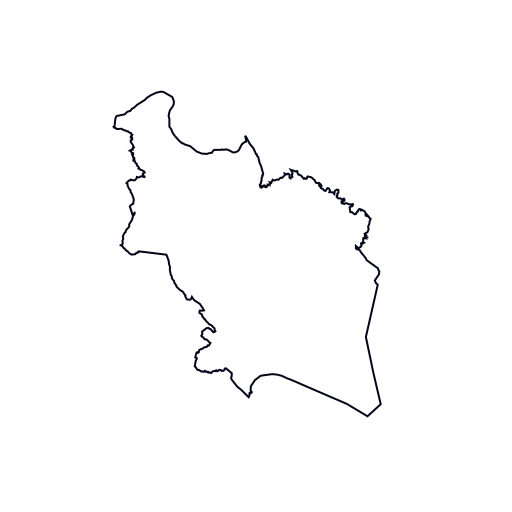 Mpulungu, Northern, Zambia, rotated 144°
{"feature_id": "96606910B10449137451116", "entity_name": "Mpulungu", "entity_type": "district", "adm_level": 2, "iso_a3": "ZMB", "parent_name": "Zambia", "parent_adm1": "Northern", "projection": "equal_earth", "projection_center": [30.995, -8.984], "detail": "fine", "context": "isolated", "style": "outline", "palette": "ink", "viewbox_px": 512, "rotation_deg": 144, "n_neighbors": 0, "source": "geoboundaries", "source_scale": "gbopen_adm2", "svg_char_len": 6150}
<svg xmlns="http://www.w3.org/2000/svg" viewBox="0 0 512 512"><g transform="rotate(144 256 256)"><path d="M295.3,444.2L295.3,443.1L294.3,442.0L294.1,440.6L289.9,437.9L289.1,435.6L288.2,434.9L287.1,432.7L286.3,432.1L286.1,430.8L284.8,428.6L285.4,427.5L285.0,426.7L286.0,426.5L286.5,425.6L287.3,426.0L287.7,425.4L287.5,424.8L286.8,424.5L287.1,423.5L288.7,422.8L289.4,423.2L290.4,421.8L290.3,418.4L290.7,417.6L290.9,415.6L292.1,415.8L293.3,414.5L293.9,415.2L296.2,415.4L295.5,414.3L296.0,412.9L294.9,411.4L295.4,410.7L295.9,411.2L296.8,410.8L296.8,409.2L297.3,408.3L297.0,407.6L297.4,407.5L297.1,406.3L297.6,405.7L298.7,405.9L299.2,405.1L298.3,404.0L298.8,402.1L298.3,400.8L299.0,399.6L298.7,396.4L299.0,395.5L299.5,395.5L298.8,394.3L298.8,393.5L297.8,392.4L296.8,390.2L297.0,388.9L299.1,389.2L299.8,388.0L299.5,385.6L299.9,385.4L301.8,387.9L304.7,388.5L305.9,389.9L306.5,389.2L309.3,388.5L310.8,389.3L312.4,391.4L313.0,391.0L314.6,391.8L317.9,391.1L317.6,389.8L318.5,388.4L319.2,385.0L318.9,382.9L319.8,381.7L320.0,378.8L321.6,373.6L324.7,370.4L326.3,370.8L328.9,370.4L331.6,362.0L328.9,362.3L329.2,361.6L332.3,360.4L334.9,358.2L340.1,356.1L341.0,354.6L342.1,354.0L345.0,353.6L346.9,352.7L347.5,352.0L348.9,351.9L351.1,350.8L352.4,349.9L353.3,347.9L355.1,346.8L355.8,345.4L357.1,344.0L357.6,343.8L358.9,344.3L359.1,344.3L358.3,341.7L358.4,339.9L357.9,339.3L357.8,336.7L357.1,335.4L357.0,333.0L355.9,330.3L352.5,328.4L351.0,328.9L349.1,328.0L348.6,328.7L347.9,328.5L327.7,309.7L329.5,303.3L330.9,301.0L332.2,297.4L333.8,295.6L336.0,290.8L336.0,289.5L337.2,287.0L337.0,283.8L337.9,281.9L337.7,280.4L338.3,277.5L337.4,272.9L336.5,271.1L336.1,269.3L336.4,268.2L336.2,265.7L336.8,265.4L337.5,261.7L335.3,259.5L334.2,259.3L331.9,260.6L332.1,258.4L331.8,255.9L329.6,250.4L329.7,245.1L330.1,242.6L331.8,243.4L333.4,244.9L334.6,244.3L335.2,243.2L334.1,240.2L335.0,238.8L334.7,236.8L335.0,236.2L334.4,234.4L334.7,233.6L333.9,228.0L332.9,226.6L332.1,221.7L333.0,220.4L333.1,219.0L334.5,219.0L335.4,219.5L335.7,223.4L336.5,224.5L336.6,225.7L338.4,226.7L344.1,226.5L345.5,224.1L347.2,223.6L347.3,222.7L346.6,221.3L346.4,218.6L345.5,218.1L344.8,216.7L344.5,213.7L344.0,212.5L346.8,211.2L347.7,212.1L349.3,211.4L351.6,212.5L354.3,212.5L355.6,213.2L357.5,213.2L358.9,211.7L359.9,211.8L359.8,212.5L360.9,212.8L364.7,209.7L363.9,208.3L364.8,207.3L366.1,206.9L370.5,202.6L370.1,201.3L370.4,199.1L370.1,198.1L369.3,197.7L368.0,194.4L367.1,194.1L366.2,193.0L365.0,193.1L365.1,192.3L364.2,192.1L363.3,189.9L362.7,190.1L361.2,187.7L358.7,188.1L356.6,187.1L356.3,186.6L355.4,186.9L355.0,185.5L352.5,185.4L351.6,184.4L351.3,183.1L350.4,183.0L349.8,182.3L348.0,182.5L347.4,183.3L346.3,182.7L344.5,175.4L346.3,173.1L348.0,171.9L348.3,169.9L348.0,161.5L346.6,156.2L344.9,146.1L343.4,146.9L341.9,148.9L341.1,149.0L340.7,148.0L339.4,148.3L339.6,149.0L339.1,150.8L336.6,153.7L329.9,156.2L323.2,156.4L321.8,156.0L312.3,150.9L308.4,147.4L305.4,143.7L302.5,138.3L301.1,136.4L269.5,83.0L260.0,60.8L242.2,62.8L229.8,92.3L214.7,125.9L174.4,161.2L174.9,163.7L174.2,166.4L167.5,168.8L165.3,171.0L165.3,172.5L164.6,174.3L168.9,187.5L168.5,190.0L168.9,197.2L168.7,199.6L169.0,200.6L170.6,202.4L170.7,203.4L169.3,205.4L168.5,202.0L165.4,201.9L164.1,203.0L164.0,204.0L163.4,204.5L162.3,204.4L162.1,203.3L160.8,203.2L161.2,204.0L161.0,204.6L158.8,207.3L157.6,206.9L157.8,206.5L156.8,205.7L157.0,206.8L156.1,206.4L156.5,207.1L156.0,208.5L155.6,208.9L154.8,208.1L154.9,209.5L154.5,209.2L154.0,210.1L152.0,209.7L149.3,211.3L148.0,213.9L145.3,215.5L143.3,217.6L141.5,218.5L142.3,223.2L143.3,223.6L143.5,224.3L142.8,225.3L141.9,224.1L142.1,226.7L141.8,228.0L143.3,231.4L144.3,231.2L144.3,233.0L144.7,233.2L145.9,233.2L147.5,232.1L148.4,232.4L150.4,231.2L151.7,231.8L152.5,234.9L153.9,236.0L151.7,240.3L151.0,240.6L149.2,239.7L147.4,240.3L147.1,240.9L147.6,241.4L148.7,240.9L149.1,242.2L150.3,243.2L151.6,245.4L152.4,246.0L154.0,246.2L155.6,248.4L154.7,249.9L153.2,248.7L152.0,248.8L151.1,249.7L151.2,250.8L152.8,250.7L153.8,253.0L155.5,254.2L156.0,256.3L154.8,256.9L154.9,257.4L154.2,257.6L153.7,258.6L152.1,258.8L150.5,261.1L151.6,262.2L154.0,262.3L156.2,260.1L156.5,262.4L159.1,264.5L157.6,265.5L157.4,267.7L157.7,268.5L158.2,268.9L161.5,267.8L162.2,268.6L162.6,271.1L163.5,272.6L163.3,275.0L163.6,275.9L163.2,276.3L162.5,275.4L162.3,273.9L161.7,274.2L161.5,275.5L162.1,278.2L163.7,278.9L164.3,279.7L164.3,281.8L163.9,282.9L164.4,284.3L164.6,286.0L165.1,287.3L167.3,289.9L167.9,289.9L169.1,288.9L170.6,289.2L171.0,290.5L172.0,290.5L172.2,294.2L172.9,296.0L173.8,296.7L173.5,299.2L172.8,300.0L172.8,300.6L174.1,301.0L177.2,305.3L177.4,302.7L178.0,301.1L179.4,300.9L179.6,299.6L180.2,298.5L182.2,299.1L182.5,298.7L182.9,299.6L181.3,301.9L181.2,303.3L182.3,304.0L183.1,303.9L184.4,305.9L184.9,304.5L189.2,303.9L190.1,304.9L193.0,304.5L194.0,305.5L196.8,306.3L197.7,307.9L199.2,306.9L200.0,307.0L200.5,306.3L201.1,306.5L201.5,307.1L201.6,306.1L203.0,306.3L203.2,305.8L203.4,306.3L204.1,306.5L204.9,306.1L205.0,306.5L205.5,305.9L206.5,306.3L207.0,305.8L207.2,306.3L207.5,305.9L207.9,306.3L208.1,307.1L207.8,307.5L208.2,307.6L207.9,308.2L208.6,308.6L209.2,308.3L210.0,308.8L210.1,308.1L211.2,308.1L211.2,308.7L211.8,308.8L211.8,309.5L211.4,309.4L211.0,310.3L211.3,310.6L211.1,311.4L209.5,311.8L207.8,313.5L207.2,313.6L205.4,316.1L204.3,316.3L203.5,317.6L203.1,317.4L201.9,318.2L199.0,325.8L198.4,329.2L196.0,334.7L196.3,336.0L195.6,337.8L196.1,338.3L194.8,344.4L195.1,350.7L194.1,357.5L194.1,359.7L196.0,355.3L197.0,354.3L198.2,354.8L201.8,354.7L207.9,351.6L209.9,351.6L212.4,352.3L213.9,353.6L215.5,357.1L217.2,359.6L220.0,361.1L221.0,362.3L221.7,362.3L227.4,366.4L229.2,366.3L231.1,365.4L232.3,366.3L235.8,367.5L239.7,370.8L242.6,375.4L244.7,383.6L248.2,388.3L248.6,389.8L249.6,390.6L250.5,394.9L251.1,400.6L251.0,404.6L250.0,408.7L250.1,411.5L245.5,417.8L244.4,420.6L243.3,421.8L240.1,424.4L235.6,425.9L233.6,427.0L231.7,429.1L231.0,430.8L230.3,433.9L234.4,443.0L236.2,444.8L240.7,446.7L246.6,447.9L251.3,448.1L254.6,447.6L263.3,448.2L267.8,447.7L270.0,448.0L272.3,447.3L275.3,448.3L279.0,447.8L286.6,451.2L288.9,449.9L294.3,444.0L295.3,444.2Z" fill="none" stroke="#020617" stroke-width="2"/></g></svg>